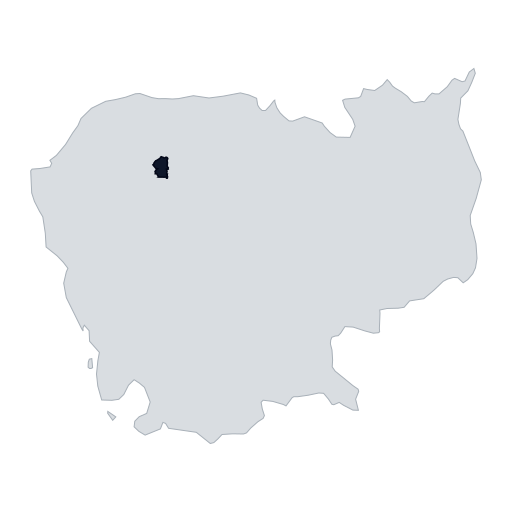 Angkor Thum, Siemréab, Cambodia (highlighted)
{"feature_id": "14789045B45657319092410", "entity_name": "Angkor Thum", "entity_type": "district", "adm_level": 2, "iso_a3": "KHM", "parent_name": "Cambodia", "parent_adm1": "Siemréab", "projection": "mercator", "projection_center": [103.881, 13.579], "detail": "fine", "context": "in_parent", "style": "filled", "palette": "ink", "viewbox_px": 512, "rotation_deg": 0, "n_neighbors": 0, "source": "geoboundaries", "source_scale": "gbopen_adm2", "svg_char_len": 5882}
<svg xmlns="http://www.w3.org/2000/svg" viewBox="0 0 512 512"><path d="M473.9,68.5L475.3,73.3L471.7,82.5L467.9,90.8L460.7,98.1L460.4,103.4L457.9,119.4L458.9,124.4L460.5,128.8L462.9,131.1L469.1,146.7L474.7,160.9L480.3,172.5L481.3,179.8L476.2,198.4L470.2,215.5L470.7,224.0L473.3,232.5L476.0,243.9L477.0,258.4L475.5,267.8L472.8,273.7L467.7,279.7L463.2,282.8L457.8,277.7L453.5,277.4L447.7,279.0L443.2,281.3L434.0,290.1L423.8,298.7L409.6,300.9L404.1,307.3L398.2,308.2L387.0,308.5L379.7,310.0L380.0,313.2L379.4,328.3L379.6,331.8L378.5,332.7L373.4,333.2L364.8,330.9L353.2,327.1L344.9,326.6L340.7,333.1L338.2,335.7L335.0,336.1L331.8,337.3L330.7,340.2L330.4,343.9L332.0,350.1L332.6,360.1L332.2,366.9L335.2,371.2L352.9,385.6L358.1,389.2L358.7,391.4L355.6,399.2L358.4,410.3L352.9,410.1L343.6,405.3L339.2,402.4L333.8,404.7L331.9,404.3L328.3,398.9L323.6,393.3L318.7,393.0L308.3,395.2L297.8,396.7L293.8,396.7L292.1,397.7L286.0,405.9L283.4,404.5L272.8,401.4L263.1,400.2L261.1,402.3L262.3,409.0L264.4,415.6L263.1,418.4L257.8,421.8L250.8,428.0L246.5,432.9L243.5,434.0L232.7,433.8L222.0,434.5L217.8,439.0L213.8,442.6L210.3,443.5L196.3,432.3L168.6,428.3L165.6,423.4L162.9,422.4L160.4,428.9L145.1,435.1L138.8,431.3L134.1,426.8L134.8,421.2L139.2,416.7L146.7,413.4L150.2,402.0L144.5,387.4L139.4,383.1L134.1,379.7L128.5,385.2L123.8,394.5L118.8,399.3L111.9,400.3L101.7,400.0L97.8,386.1L96.5,374.1L97.9,360.5L99.4,352.4L89.6,341.3L89.1,330.7L84.3,325.2L82.9,328.0L83.1,331.0L81.7,328.8L66.3,297.6L63.7,283.2L66.3,272.0L67.9,268.3L63.4,262.4L57.1,255.8L46.1,247.0L45.3,233.2L42.8,216.8L39.5,211.3L34.4,201.3L31.7,192.9L30.7,170.9L32.1,169.1L40.0,168.5L50.1,166.9L51.7,163.3L49.9,160.3L56.4,155.4L65.6,144.4L72.7,132.9L77.9,125.7L81.0,118.5L91.4,108.3L105.7,101.3L115.4,99.6L125.6,97.2L135.3,93.8L139.9,93.5L151.9,97.6L158.5,98.7L165.3,98.6L172.4,99.0L178.6,98.6L193.4,95.7L209.0,98.0L223.0,96.2L240.4,92.9L248.9,95.0L256.6,98.3L257.7,105.1L259.5,108.1L262.1,110.5L265.5,110.5L269.9,105.8L273.6,101.0L274.8,100.1L275.0,102.4L276.8,107.7L280.1,112.9L283.5,116.3L289.0,120.9L292.7,121.1L304.5,116.8L322.2,123.0L324.3,126.2L330.1,132.6L336.3,137.1L350.1,137.4L355.1,126.2L352.7,119.3L344.8,107.4L342.6,100.3L345.1,99.1L358.5,97.8L360.7,96.4L363.6,88.6L367.3,89.5L374.7,90.5L382.5,85.2L387.2,79.6L389.7,82.2L392.5,86.1L395.5,88.3L401.2,91.7L407.4,96.4L411.2,101.0L414.3,102.8L422.3,101.5L424.4,101.7L429.0,96.1L432.2,93.1L435.0,93.9L439.0,93.9L447.3,86.7L452.0,80.2L454.6,78.4L462.1,81.7L465.0,81.0L469.3,72.0L473.9,68.5ZM92.6,367.7L91.0,368.5L89.6,368.5L88.1,367.2L88.3,362.2L89.3,359.2L91.8,358.6L92.6,367.7ZM115.8,416.9L112.7,420.3L107.7,413.3L107.8,411.4L115.8,416.9Z" fill="#d9dde1" stroke="#a8b0b8" stroke-width="1"/><path d="M152.9,164.8L153.9,166.1L154.3,166.5L154.5,166.8L154.8,167.1L155.0,167.3L155.1,167.5L155.3,167.8L155.5,168.0L155.9,168.4L156.1,168.5L156.4,168.6L156.6,168.7L156.9,168.7L157.2,168.7L157.5,168.7L157.7,168.8L157.4,169.0L157.2,169.1L156.9,169.3L156.7,169.5L156.4,169.7L156.2,169.8L155.9,170.0L155.8,170.3L155.8,170.5L155.7,170.6L155.5,170.8L155.4,170.9L155.3,171.0L155.2,171.2L155.1,171.3L155.0,171.5L155.2,171.8L155.2,172.0L155.2,172.3L155.3,172.6L155.4,172.8L155.4,173.0L155.3,173.3L155.2,173.6L155.2,173.8L155.3,173.8L155.5,173.8L156.0,173.8L156.4,173.8L156.5,173.8L156.8,173.9L156.8,174.0L157.0,174.3L157.1,174.5L157.2,174.8L157.4,174.9L157.5,175.1L157.6,175.3L157.9,175.6L158.0,175.8L158.2,176.0L158.3,176.2L158.4,176.3L158.5,176.4L158.4,176.4L158.4,176.5L158.2,176.7L158.2,176.8L158.0,177.0L158.5,177.1L158.8,177.1L159.0,177.1L159.4,177.1L159.7,177.1L160.1,177.1L160.4,177.1L160.7,177.1L161.0,177.1L161.4,177.1L161.8,177.1L162.1,177.1L162.4,177.1L162.7,177.1L163.0,177.1L163.4,177.2L163.8,177.2L164.1,177.2L164.4,177.2L164.6,177.2L164.9,177.1L165.1,177.1L165.5,177.1L165.8,177.1L166.0,177.1L166.3,177.1L166.5,178.2L166.8,178.2L167.0,178.2L167.3,178.2L167.4,177.9L167.3,177.7L167.3,177.4L167.5,177.2L167.6,176.9L167.5,176.7L167.4,176.7L167.5,176.6L167.5,176.4L167.4,176.3L167.2,176.3L167.1,176.2L167.1,175.9L167.0,175.7L167.2,175.4L167.3,175.3L167.3,175.2L167.3,174.9L167.2,174.9L167.0,174.7L166.9,174.6L166.8,174.3L166.9,174.2L166.7,174.1L166.8,174.0L166.7,174.0L166.7,173.9L166.6,173.7L166.6,173.4L166.7,173.1L166.7,172.8L166.8,172.5L166.8,172.3L166.9,172.2L166.9,171.9L167.0,171.8L167.0,171.7L167.1,171.4L167.0,171.2L166.9,170.9L166.8,170.6L166.7,170.5L166.7,170.4L166.6,170.2L166.8,170.1L166.9,169.9L166.8,169.7L167.0,169.6L166.9,169.5L167.0,169.5L167.0,169.4L167.1,169.2L167.3,169.2L167.5,169.2L167.4,169.1L167.5,169.1L167.6,168.9L167.8,168.9L168.0,168.8L168.0,168.7L167.9,168.6L168.0,168.5L168.2,168.4L168.2,168.2L168.3,168.0L168.2,167.9L168.2,167.7L168.1,167.4L167.9,167.2L167.6,167.1L167.6,166.9L167.5,166.7L167.4,166.5L167.3,166.4L167.3,166.2L167.2,166.2L167.2,165.9L167.1,165.7L167.1,165.4L167.2,165.2L167.2,164.9L167.2,164.7L167.3,164.5L167.3,164.4L167.4,164.1L167.3,163.9L167.4,163.7L167.4,163.4L167.4,163.2L167.5,162.8L167.5,162.7L167.4,162.4L167.3,162.2L167.3,161.8L167.2,161.8L167.2,161.7L167.2,161.4L167.2,161.2L167.2,160.9L167.0,160.7L166.9,160.6L167.0,160.4L167.1,160.2L167.3,159.9L167.3,159.7L167.4,159.4L167.5,159.3L167.6,159.2L167.5,158.9L167.7,158.7L167.8,158.5L167.7,158.3L167.6,158.1L167.4,157.8L167.2,157.7L166.9,157.4L166.7,157.3L166.5,157.2L166.3,157.2L166.0,157.2L165.9,157.2L165.7,157.3L165.3,157.5L165.1,157.6L164.9,157.8L164.7,157.9L164.3,158.0L164.1,158.0L163.9,157.9L163.6,157.6L163.3,157.4L163.1,157.3L162.8,157.2L162.7,157.2L162.4,157.1L162.2,157.1L161.8,156.9L161.6,156.8L161.3,156.7L161.2,156.7L160.7,157.1L160.4,157.4L160.4,157.7L160.2,158.0L160.1,158.3L159.8,158.5L159.2,158.8L158.5,159.2L157.8,159.7L157.3,160.0L156.9,160.2L156.6,160.4L156.2,160.6L155.6,160.8L155.3,161.3L154.7,161.9L154.5,162.4L154.3,162.6L154.0,162.9L153.9,163.2L153.9,164.0L153.7,164.1L153.1,164.6L152.9,164.8Z" fill="#0f172a" stroke="#020617" stroke-width="1.5"/></svg>